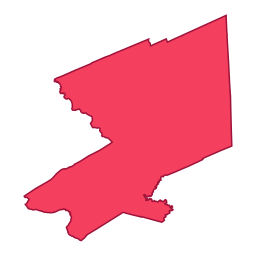 Produlesti, Dâmbovita, Romania
{"feature_id": "2599482B81885258271569", "entity_name": "Produlesti", "entity_type": "district", "adm_level": 2, "iso_a3": "ROU", "parent_name": "Romania", "parent_adm1": "Dâmbovita", "projection": "equal_earth", "projection_center": [25.495, 44.702], "detail": "fine", "context": "isolated", "style": "filled", "palette": "rose", "viewbox_px": 256, "rotation_deg": 0, "n_neighbors": 0, "source": "geoboundaries", "source_scale": "gbopen_adm2", "svg_char_len": 5745}
<svg xmlns="http://www.w3.org/2000/svg" viewBox="0 0 256 256"><path d="M141.3,216.6L161.8,222.2L164.4,220.3L164.4,220.0L164.0,219.3L163.9,217.7L164.2,217.4L165.5,217.2L165.7,216.4L166.0,216.1L165.9,215.8L165.3,215.3L165.3,214.9L165.4,214.6L166.6,214.5L167.1,214.6L167.4,214.4L167.7,214.0L168.1,213.7L169.6,213.2L169.8,212.2L169.6,212.0L169.2,211.3L169.6,210.6L169.9,210.5L170.3,210.8L170.6,210.7L171.1,210.5L171.4,210.6L171.9,210.5L172.9,210.0L173.0,209.5L172.9,209.3L171.6,209.1L171.1,208.6L171.1,208.4L171.3,208.3L171.4,208.2L171.5,208.2L171.7,207.8L172.5,207.1L172.5,206.7L172.3,206.2L171.7,205.9L171.4,206.0L171.2,206.8L170.6,207.1L170.5,207.3L170.3,207.3L169.9,207.0L170.1,206.7L170.1,206.3L169.8,205.9L169.3,205.6L169.1,205.2L168.4,205.6L168.1,205.6L167.7,204.9L167.3,204.5L167.0,204.3L166.5,204.7L166.0,204.6L165.3,204.1L164.8,203.8L165.0,203.2L165.6,203.2L166.7,202.5L166.6,201.5L166.4,201.1L166.4,200.4L166.2,200.2L165.2,199.7L165.0,199.8L164.3,200.9L163.9,201.3L163.5,201.2L163.3,201.6L163.0,201.7L162.6,201.7L162.1,201.4L161.6,200.8L160.8,201.0L160.7,200.4L160.3,200.1L159.1,200.6L158.8,201.2L158.0,202.0L157.7,202.0L156.2,201.3L155.5,201.4L155.0,201.3L154.7,200.9L154.2,200.6L153.8,201.2L153.4,201.4L153.0,201.3L152.4,201.4L151.9,201.1L151.8,200.5L152.0,200.2L151.8,199.6L151.5,199.4L151.4,199.0L151.3,198.9L150.5,199.2L150.3,199.2L150.1,198.7L149.9,198.4L149.6,198.4L148.8,199.2L148.8,199.6L148.6,199.9L148.1,199.8L148.0,200.0L147.2,200.1L147.0,200.4L146.6,200.4L146.1,200.4L145.8,200.2L146.0,199.7L146.5,199.5L146.9,199.6L147.1,199.3L147.2,199.0L147.0,198.6L147.1,198.3L147.0,198.0L145.8,198.1L145.3,197.9L145.0,197.6L145.0,196.9L145.1,196.7L144.6,196.4L143.9,195.6L143.8,194.9L144.1,194.7L144.4,194.6L145.4,195.0L145.7,196.0L146.9,196.6L147.3,196.6L147.9,196.4L148.5,196.6L148.9,196.4L149.2,195.7L150.0,195.8L150.3,196.3L150.5,196.4L151.1,196.2L151.6,195.6L151.7,195.1L152.0,194.9L152.3,194.4L152.1,192.9L153.0,192.2L153.3,191.7L153.0,191.1L153.1,190.8L153.4,190.6L154.0,189.3L154.5,189.0L154.9,189.1L155.3,188.7L155.9,188.5L156.2,188.2L156.4,187.5L156.3,187.4L156.2,187.3L155.6,187.5L155.4,187.4L155.4,187.0L155.2,186.5L155.5,186.3L156.0,186.4L156.4,186.0L156.6,186.1L156.9,185.9L156.9,185.7L156.7,184.8L157.2,184.5L158.3,184.0L158.4,183.8L158.1,183.4L157.8,183.2L157.6,182.4L157.8,182.2L159.1,182.1L159.4,181.8L159.3,181.3L159.0,180.9L159.3,180.5L159.3,180.2L160.7,180.3L160.9,180.2L161.0,180.0L160.8,179.2L160.9,178.8L160.6,178.5L160.9,177.4L161.3,176.8L161.9,176.2L163.2,176.8L163.9,175.8L164.4,175.4L164.8,175.3L165.1,174.9L165.9,175.0L166.9,175.3L175.5,171.8L182.3,168.8L187.8,166.5L198.2,161.7L202.7,159.5L202.8,159.4L202.5,158.7L202.8,158.5L206.0,157.0L219.2,151.2L231.8,146.0L231.2,126.5L230.7,106.8L230.5,96.5L229.7,85.2L228.5,61.4L227.1,37.5L227.1,34.4L226.8,32.1L226.1,15.4L167.4,42.1L166.2,38.9L150.8,45.8L150.2,44.7L150.2,43.3L148.9,42.0L148.7,41.6L148.5,40.1L148.7,39.1L116.2,52.6L108.5,56.0L105.9,56.8L95.9,61.1L91.5,63.0L91.4,63.5L75.1,70.3L61.0,76.5L57.2,77.9L54.6,79.3L55.4,80.4L55.3,80.6L54.3,81.0L54.6,81.6L56.3,81.4L56.5,81.7L56.5,82.1L57.1,82.2L57.3,81.7L57.5,81.6L57.7,82.0L58.2,82.6L58.4,82.2L58.6,82.3L58.9,83.0L59.9,84.0L60.5,85.0L60.6,85.5L60.5,86.2L60.9,86.3L61.4,87.6L61.1,87.9L60.9,87.9L60.9,88.3L60.1,88.9L60.5,89.8L60.8,89.7L60.8,89.9L60.2,90.5L59.9,91.5L60.4,92.5L60.1,92.8L60.9,93.6L62.1,93.3L62.6,93.0L63.3,93.1L63.3,93.4L63.1,93.6L63.6,93.8L64.0,93.4L64.4,93.3L65.2,94.4L65.2,95.0L64.2,96.1L64.0,96.9L64.1,97.4L65.1,98.3L65.7,98.5L65.9,98.9L66.5,99.0L67.4,98.9L68.6,98.3L69.1,98.6L69.8,99.5L71.0,100.5L71.7,102.0L72.4,104.8L72.2,105.6L72.5,107.0L71.9,108.1L71.9,109.0L72.5,110.1L75.7,110.3L76.3,109.7L78.1,109.4L78.9,108.9L79.6,109.4L80.5,110.4L81.0,111.9L82.2,112.9L83.5,113.3L85.8,113.1L86.5,113.3L86.8,113.9L88.1,114.7L91.7,116.5L92.1,117.2L92.3,118.7L92.3,120.9L90.9,123.0L90.6,123.1L90.5,123.4L91.7,126.0L92.6,127.5L93.5,127.7L94.6,127.4L97.1,128.1L98.4,127.7L99.5,128.2L100.1,128.8L99.7,130.5L100.0,131.1L100.4,131.9L101.2,132.2L102.0,134.2L102.0,134.8L101.7,135.8L102.5,136.5L104.0,136.6L105.8,137.7L106.4,137.6L108.4,138.3L112.2,142.1L110.6,143.4L99.9,150.2L88.3,156.1L82.8,159.7L80.0,161.4L75.9,163.6L75.6,163.8L74.8,164.0L73.9,165.1L72.7,165.9L70.4,167.1L70.0,166.8L65.5,169.2L65.0,168.7L62.9,169.0L60.8,170.1L56.7,173.5L54.2,176.4L51.4,179.3L46.7,182.2L35.7,188.5L24.2,196.2L24.6,196.9L25.0,197.3L25.3,197.5L26.2,197.3L27.1,197.4L29.1,199.5L27.9,201.2L27.0,202.9L26.1,204.0L25.3,204.3L26.1,205.5L26.7,206.0L27.2,206.5L27.3,206.8L27.3,207.3L27.7,207.7L27.9,208.1L28.4,208.4L28.6,208.7L28.8,208.8L30.9,209.2L32.0,209.5L32.8,209.9L34.1,209.7L34.9,209.8L35.4,209.5L36.8,209.6L37.4,209.8L38.1,210.2L39.6,210.7L40.2,210.8L40.7,210.7L41.4,211.3L42.2,211.2L43.5,212.0L47.1,212.5L49.3,212.6L50.0,212.8L50.5,212.7L52.9,212.6L54.0,212.2L54.3,212.3L55.3,211.8L55.7,211.7L56.5,211.4L56.7,211.2L57.3,211.0L57.7,210.7L59.9,209.8L60.1,209.5L61.2,209.8L62.0,209.4L62.9,209.3L63.4,209.0L63.7,209.1L64.0,209.4L64.4,209.2L64.6,209.3L65.3,209.1L65.7,209.5L65.7,210.4L66.1,210.5L67.0,210.3L68.2,210.8L68.4,211.1L68.5,211.7L68.6,211.8L69.6,211.6L69.9,211.9L69.8,213.2L69.9,213.5L70.1,213.7L70.6,213.5L70.6,214.0L70.0,214.7L70.6,215.4L71.1,216.4L71.1,216.7L71.4,217.3L71.5,218.0L71.0,218.7L70.9,220.3L70.7,221.3L70.2,221.8L69.5,223.1L68.9,223.9L68.0,225.8L67.0,226.4L66.4,227.6L66.9,228.3L66.9,229.0L67.4,229.5L67.4,230.1L67.5,230.3L67.9,232.1L68.5,233.3L68.4,233.6L69.3,234.7L71.1,235.7L71.7,235.9L72.1,236.3L73.0,236.2L73.5,236.8L74.1,237.0L74.3,237.4L76.0,238.1L77.0,238.2L77.9,238.6L79.0,239.3L79.4,239.9L81.2,240.6L84.6,237.8L85.2,237.1L86.3,235.4L86.6,235.5L87.1,234.7L96.5,229.0L121.6,213.3L122.8,212.3L131.8,214.7L141.3,217.0L141.3,216.6Z" fill="#f43f5e" stroke="#9f1239" stroke-width="1.5"/></svg>